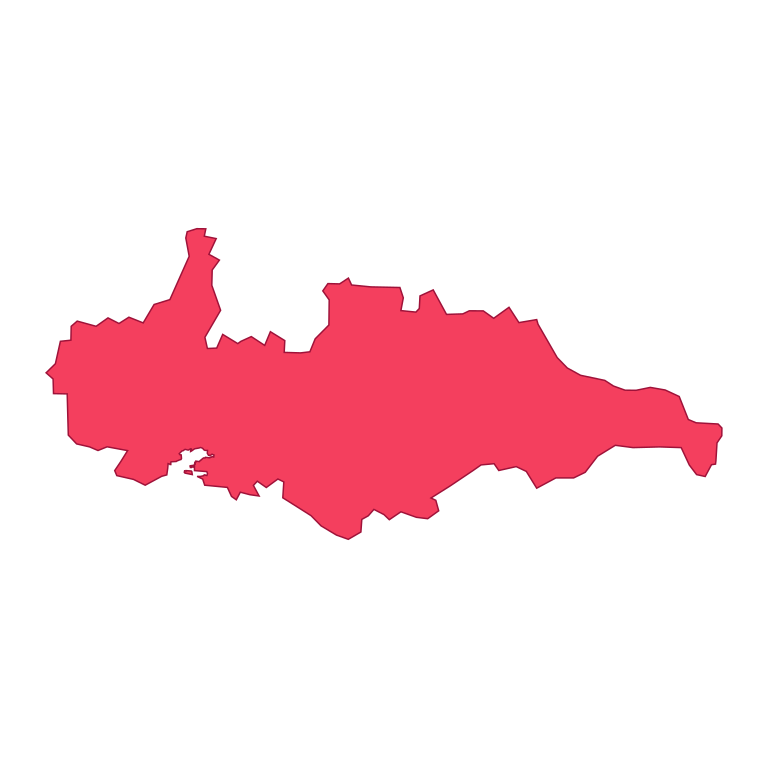 Kitab, Kashkadarya, Uzbekistan (Mercator projection)
{"feature_id": "79887680B27761464779200", "entity_name": "Kitab", "entity_type": "district", "adm_level": 2, "iso_a3": "UZB", "parent_name": "Uzbekistan", "parent_adm1": "Kashkadarya", "projection": "mercator", "projection_center": [67.005, 39.192], "detail": "fine", "context": "isolated", "style": "filled", "palette": "rose", "viewbox_px": 768, "rotation_deg": 0, "n_neighbors": 0, "source": "geoboundaries", "source_scale": "gbopen_adm2", "svg_char_len": 3107}
<svg xmlns="http://www.w3.org/2000/svg" viewBox="0 0 768 768"><path d="M536.7,319.6L518.9,322.6L509.0,307.3L493.7,318.3L483.3,310.9L469.3,310.8L462.8,313.9L446.5,314.4L433.2,289.9L420.0,295.9L419.3,308.5L415.9,312.1L400.9,310.6L403.3,297.8L399.9,287.5L370.9,286.9L351.6,285.0L348.4,278.1L339.6,283.9L327.9,283.6L322.8,290.9L329.2,299.9L328.9,325.0L315.2,338.8L309.9,351.8L300.5,352.9L284.2,352.4L284.8,340.6L270.4,331.7L264.7,345.4L251.3,336.6L240.8,341.4L237.8,343.6L222.7,334.4L216.7,348.1L207.4,348.5L204.9,337.3L220.6,310.3L211.8,285.3L212.2,270.0L219.4,260.1L208.9,254.3L216.2,238.6L204.3,236.2L205.8,228.8L196.8,228.7L187.2,231.7L185.8,238.0L189.2,256.3L169.9,299.6L154.1,304.5L143.2,322.9L128.9,317.2L119.0,323.5L108.0,317.9L96.1,326.3L77.2,321.1L71.2,326.3L70.9,340.2L60.4,341.3L55.4,363.7L46.1,372.8L53.1,379.0L53.5,393.6L67.2,393.9L68.3,435.1L76.6,443.9L89.6,446.9L98.0,450.5L107.1,446.8L127.6,450.6L120.9,461.4L114.7,470.6L116.8,475.6L133.5,479.4L145.2,485.2L161.7,476.3L166.8,474.9L167.7,468.5L168.1,463.6L170.0,464.2L170.1,464.5L170.8,464.5L170.8,462.1L171.1,461.8L176.2,461.5L176.7,461.1L179.6,459.9L181.0,459.5L181.5,458.5L181.2,454.9L179.9,454.7L179.2,453.7L181.9,451.0L183.3,450.6L184.7,449.5L185.4,449.4L188.2,450.1L189.3,449.5L190.6,448.8L191.4,449.0L191.5,450.0L190.6,450.5L190.6,451.5L191.7,450.9L194.6,448.8L199.1,448.0L200.4,447.5L201.8,447.9L203.0,448.6L203.6,449.6L205.0,450.4L206.5,450.4L207.5,450.4L207.3,453.3L208.5,455.3L210.7,455.2L212.0,454.2L214.0,455.0L213.7,457.0L212.0,456.6L211.3,457.2L210.2,457.0L210.0,457.7L209.3,457.8L205.4,457.3L205.0,458.0L203.7,457.9L202.4,458.7L201.6,459.6L201.2,459.7L200.8,460.3L200.5,460.4L200.1,460.6L199.4,461.6L195.9,461.1L195.9,462.0L195.1,462.1L195.1,462.4L194.8,462.5L194.8,463.5L195.2,463.7L195.1,464.2L194.5,464.1L194.4,464.3L194.5,466.0L193.9,466.0L193.6,465.3L192.8,465.4L190.1,465.8L190.0,466.1L190.3,466.7L190.4,467.5L191.4,467.5L191.5,467.0L193.3,467.1L193.4,466.9L194.4,466.9L194.5,470.6L206.8,471.6L207.5,473.5L206.9,475.5L205.7,475.3L205.1,474.9L204.2,474.9L203.7,475.7L200.5,476.4L197.1,476.4L202.7,479.1L204.7,485.2L227.4,487.4L231.5,496.4L236.3,499.8L240.3,492.2L249.9,494.7L259.1,496.0L253.4,485.4L257.3,481.2L266.3,487.5L277.9,479.0L283.8,481.9L282.8,497.8L299.3,508.2L311.1,515.7L321.1,525.9L336.5,535.1L348.3,539.3L360.9,532.0L361.8,519.4L368.3,515.8L373.9,509.4L384.0,514.6L389.3,519.7L400.9,511.8L416.4,517.3L427.7,518.7L438.7,510.8L435.8,500.3L431.0,498.0L450.2,485.9L472.8,470.7L481.1,464.9L494.1,463.7L498.8,470.5L516.2,466.6L526.3,471.4L536.7,488.2L555.9,477.9L573.7,477.9L585.2,472.3L597.6,456.2L615.3,445.3L633.0,447.6L659.6,446.9L681.2,447.6L689.3,465.0L696.6,474.6L705.2,476.5L711.5,464.7L715.5,464.1L715.9,461.0L717.0,442.9L721.8,435.8L721.9,428.0L718.1,424.0L696.1,422.8L688.3,419.5L679.2,396.5L665.2,390.0L650.3,387.4L636.1,390.3L625.1,390.2L613.4,386.0L604.8,380.4L580.6,375.3L567.3,368.0L557.2,357.6L538.0,324.2L536.7,319.6ZM192.3,474.6L191.8,471.5L191.3,471.0L186.2,470.6L186.2,471.0L184.6,470.8L184.3,472.3L185.0,472.8L185.0,473.1L192.3,474.6Z" fill="#f43f5e" stroke="#9f1239" stroke-width="1.5"/></svg>